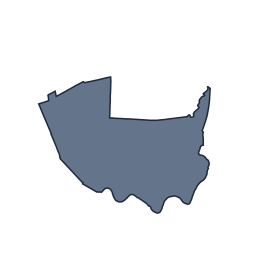 the district of Floresti-Stoenesti, Giurgiu, Romania, rotated 295°
{"feature_id": "2599482B22375380524823", "entity_name": "Floresti-Stoenesti", "entity_type": "district", "adm_level": 2, "iso_a3": "ROU", "parent_name": "Romania", "parent_adm1": "Giurgiu", "projection": "equal_earth", "projection_center": [25.713, 44.497], "detail": "fine", "context": "isolated", "style": "filled", "palette": "slate", "viewbox_px": 256, "rotation_deg": 295, "n_neighbors": 0, "source": "geoboundaries", "source_scale": "gbopen_adm2", "svg_char_len": 5619}
<svg xmlns="http://www.w3.org/2000/svg" viewBox="0 0 256 256"><g transform="rotate(295 128 128)"><path d="M198.6,185.8L198.8,184.9L199.2,183.0L198.9,182.7L198.0,183.6L197.3,183.8L196.4,184.1L195.3,183.8L193.2,182.9L191.3,181.8L190.9,181.7L190.7,181.9L190.5,182.1L190.6,182.8L190.5,183.2L190.0,183.6L189.6,183.7L189.4,183.6L189.1,183.4L188.8,182.8L188.1,182.1L187.2,181.6L186.3,181.4L185.5,181.3L185.1,181.2L184.7,181.2L184.3,180.8L184.1,180.8L183.9,180.8L183.2,181.1L182.5,181.1L182.2,181.3L181.9,181.6L181.4,181.9L180.8,182.0L180.1,182.0L178.8,181.6L178.1,181.6L177.2,182.3L177.0,182.6L177.0,183.0L176.9,183.5L176.5,183.6L175.6,183.6L173.6,182.8L172.1,182.1L171.2,181.7L170.1,181.3L169.5,181.3L169.1,181.4L168.7,181.6L168.5,181.3L167.7,181.7L167.1,182.3L166.5,182.6L166.0,182.5L165.7,182.3L165.1,181.8L164.7,181.1L164.4,180.5L164.3,180.1L164.3,179.9L164.5,179.8L164.8,179.6L165.2,179.4L165.4,179.2L165.6,178.9L165.7,178.7L165.8,178.5L165.7,178.1L165.6,177.9L165.6,177.7L165.3,177.5L165.0,177.4L164.5,177.2L164.2,177.1L164.0,176.9L163.3,176.9L163.2,176.8L163.2,176.6L162.7,175.9L160.5,172.4L155.2,164.0L152.9,160.2L152.0,159.0L146.9,150.4L146.8,150.1L144.1,144.3L144.0,143.8L136.2,123.9L136.0,123.5L135.8,123.2L135.5,122.6L134.8,120.7L134.4,119.7L134.2,119.1L133.9,118.3L132.8,115.7L132.5,114.9L132.1,114.0L131.5,112.4L131.0,111.2L130.9,110.8L130.7,110.1L129.6,107.5L129.5,107.3L129.4,107.3L129.4,107.1L131.1,106.4L139.7,102.7L141.6,101.9L143.1,101.3L144.8,100.6L147.7,99.3L148.1,99.1L148.4,98.9L149.8,98.3L151.1,97.8L152.9,97.1L155.4,96.0L156.6,95.5L158.7,94.6L160.4,93.8L160.8,93.6L162.1,93.2L162.5,93.0L165.2,91.6L166.0,91.2L166.9,90.7L164.7,87.6L164.1,86.8L161.2,83.3L160.7,82.6L160.5,82.3L159.9,81.7L159.4,81.0L156.4,77.0L154.0,73.9L153.1,72.7L152.9,72.3L152.7,72.1L152.1,71.5L151.8,70.9L150.9,69.7L150.7,69.4L150.6,69.2L150.8,68.7L151.0,68.4L151.1,68.1L151.0,67.9L150.8,67.7L150.5,67.4L150.2,67.2L149.7,66.8L147.2,64.9L146.6,64.5L146.2,64.2L145.2,63.4L144.6,62.9L144.1,62.5L143.6,62.2L142.9,61.7L142.6,61.5L141.6,60.8L141.2,60.5L140.6,60.1L140.1,59.7L138.9,58.9L138.5,58.6L138.2,58.3L137.9,58.1L137.4,57.8L136.6,57.1L136.0,56.8L135.7,56.6L135.2,56.2L132.9,54.5L132.5,54.2L132.1,53.9L131.4,53.4L130.5,52.7L130.2,52.5L129.8,52.3L129.0,51.7L128.5,51.3L127.8,50.7L127.5,50.5L127.2,50.3L126.3,49.6L130.6,46.4L127.7,44.3L124.9,42.1L124.2,41.7L123.9,41.6L123.5,41.8L123.3,42.1L122.6,42.5L121.2,43.4L120.2,44.1L119.4,44.5L119.2,44.5L116.3,41.5L115.0,40.1L114.7,39.7L114.1,39.1L113.4,38.3L112.1,36.9L103.1,46.7L99.1,51.2L98.4,52.0L94.5,56.3L90.6,60.8L90.0,60.7L86.0,65.2L83.3,68.1L80.5,71.2L78.5,73.2L77.0,74.8L75.1,77.0L74.6,77.4L74.2,77.5L73.6,78.0L73.4,78.2L72.9,78.4L71.6,79.4L59.5,109.2L59.5,110.4L58.2,110.4L56.8,126.6L57.0,126.6L57.3,128.0L58.6,130.7L58.6,131.2L63.0,132.6L63.4,132.9L63.8,133.3L64.2,133.8L64.5,134.2L64.9,134.9L65.0,135.2L65.1,135.5L65.2,136.3L65.2,136.5L65.2,136.9L65.1,137.5L64.8,138.1L64.6,138.6L64.4,139.1L63.8,140.0L63.5,140.3L63.1,140.8L61.6,142.0L61.0,142.6L59.6,144.0L58.7,145.1L58.3,145.7L57.5,147.0L57.3,147.2L57.2,147.7L57.1,148.1L57.1,148.5L57.2,149.3L57.1,150.5L57.2,150.9L57.5,151.8L57.9,152.6L58.2,153.1L58.8,153.8L59.3,154.3L60.3,154.9L61.1,155.4L62.8,156.1L64.1,156.7L65.1,157.0L66.2,157.3L67.4,157.8L68.4,158.4L68.9,158.8L69.3,159.3L69.6,160.0L69.7,161.5L69.7,162.3L69.7,162.6L69.4,163.6L69.4,163.9L69.1,164.9L69.0,165.2L68.9,166.0L69.0,166.7L69.0,167.1L69.0,167.7L68.7,168.9L68.5,170.8L68.2,172.2L68.1,173.2L67.9,173.7L67.9,173.9L67.8,174.8L67.6,175.5L67.6,175.8L67.4,176.3L67.4,176.7L67.2,177.3L66.8,178.1L66.3,179.0L66.2,179.2L66.1,179.5L66.1,179.9L66.1,180.1L66.2,180.3L66.4,180.5L66.4,180.8L66.4,181.0L66.2,181.4L65.8,181.8L65.5,182.2L65.1,182.6L64.8,182.9L64.6,183.1L64.5,183.3L63.9,184.0L63.8,184.3L63.8,184.5L63.3,185.7L63.3,185.9L63.2,186.5L63.2,186.8L63.1,187.1L63.1,187.4L63.0,188.3L63.1,189.2L63.2,190.1L63.2,190.3L63.3,190.6L63.5,190.9L63.8,191.3L64.0,191.6L64.3,191.9L64.7,192.2L65.2,192.4L65.5,192.6L65.8,192.7L66.0,192.7L66.4,192.7L67.3,192.8L67.7,192.8L68.1,192.8L68.5,192.8L68.8,192.8L69.6,192.7L70.5,192.6L70.8,192.5L71.8,192.4L72.1,192.4L72.3,192.4L72.6,192.4L72.9,192.4L73.4,192.3L76.1,192.0L76.4,192.0L76.8,192.0L77.3,192.0L77.7,192.1L78.1,192.2L79.1,192.6L80.4,193.0L81.3,193.3L82.2,193.8L82.5,194.1L83.0,194.5L83.3,195.0L85.1,197.4L85.7,198.3L86.1,198.9L86.2,199.3L86.3,199.8L86.5,200.9L86.5,202.0L86.5,203.4L86.5,204.1L86.4,204.8L86.1,205.5L84.3,208.6L83.8,210.5L83.8,211.7L84.2,214.3L84.5,215.0L85.2,215.5L85.7,215.7L86.2,215.8L87.0,215.8L87.7,215.7L89.9,215.8L92.3,215.4L98.3,214.9L99.7,214.9L102.3,215.2L104.8,215.2L108.5,216.1L110.2,216.9L112.6,218.3L113.8,218.8L115.3,219.1L119.5,219.1L121.6,218.3L123.1,217.8L125.1,218.0L126.0,217.2L126.9,217.0L128.0,217.1L129.2,217.0L130.6,216.3L131.7,215.3L132.5,214.4L132.7,214.0L132.8,213.1L133.1,212.3L133.8,210.9L134.2,210.1L134.5,209.1L134.6,208.2L134.6,207.3L134.5,206.5L134.3,205.6L133.9,204.1L134.1,203.9L134.3,203.7L134.4,203.2L134.5,202.9L134.9,202.7L135.0,202.5L136.1,202.3L136.5,202.2L137.4,202.2L137.9,202.1L138.5,202.1L138.8,202.1L139.8,201.9L140.4,201.8L140.6,201.7L141.0,201.7L141.6,201.8L142.1,201.8L142.2,201.7L142.5,201.9L143.4,202.3L144.2,203.5L145.2,203.0L146.8,202.3L148.9,201.3L150.3,200.6L151.8,199.7L152.8,199.0L153.6,198.7L154.6,198.3L156.0,198.0L156.3,197.6L156.3,197.2L156.6,196.7L156.9,196.4L157.1,196.3L157.3,196.3L158.6,196.2L162.3,195.9L164.5,195.6L165.7,195.5L167.1,195.3L169.3,195.0L172.3,194.5L172.9,194.4L177.9,193.1L179.8,192.6L180.6,192.4L183.5,191.5L187.7,190.1L189.4,189.4L193.1,187.9L196.1,186.7L198.6,185.8Z" fill="#64748b" stroke="#1e293b" stroke-width="1.5"/></g></svg>